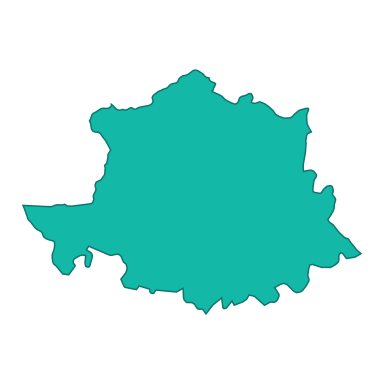 the Autonomous Community of Cáceres
{"feature_id": "ESP-5811", "entity_name": "Cáceres", "entity_type": "Autonomous Community", "adm_level": 1, "iso_a3": "ESP", "parent_name": "Spain", "parent_adm1": "", "projection": "mercator", "projection_center": [-6.162, 39.756], "detail": "fine", "context": "isolated", "style": "filled", "palette": "teal", "viewbox_px": 384, "rotation_deg": 0, "n_neighbors": 0, "source": "natural_earth", "source_scale": "10m", "svg_char_len": 4810}
<svg xmlns="http://www.w3.org/2000/svg" viewBox="0 0 384 384"><path d="M62.7,274.0L56.3,266.1L53.8,264.1L52.9,262.2L52.3,258.6L52.2,254.9L52.9,252.6L53.9,250.1L54.6,246.3L54.6,242.7L53.6,241.1L48.2,239.6L45.4,238.3L43.5,236.7L42.2,233.0L41.1,231.6L36.7,229.3L34.6,227.2L30.7,222.0L28.4,219.9L24.2,208.2L23.2,205.9L23.0,205.4L51.0,206.8L52.7,206.3L54.8,205.3L57.3,204.8L62.4,205.0L64.6,204.3L67.4,206.0L71.5,206.2L90.5,203.8L92.4,203.0L93.9,199.4L93.7,198.2L93.3,197.1L93.4,195.5L94.0,193.9L95.5,191.2L96.0,189.6L95.8,188.2L95.3,186.6L95.1,184.8L96.0,182.5L97.0,181.7L100.0,180.4L101.2,179.7L104.5,174.8L104.9,173.2L105.0,170.3L105.2,168.9L105.3,168.0L104.8,166.3L104.8,165.4L105.2,164.6L106.4,163.6L106.8,163.0L107.6,158.8L108.1,157.3L107.8,155.5L108.4,153.7L110.7,150.0L105.5,140.5L102.6,136.9L100.8,134.1L99.5,132.9L98.1,132.3L94.6,131.9L93.1,131.4L91.5,129.1L90.6,123.3L89.5,120.8L90.6,118.9L91.9,114.9L93.1,113.4L95.4,112.3L101.0,108.7L102.6,108.4L103.5,108.2L106.0,108.5L108.5,108.3L110.9,106.6L111.3,105.6L111.3,104.3L112.9,105.5L115.3,108.2L116.5,109.2L117.8,109.8L119.1,110.2L120.4,110.2L121.7,109.6L122.9,109.4L123.9,109.8L126.3,110.1L130.5,107.8L131.6,107.7L134.1,109.1L135.4,109.3L136.8,108.6L138.0,107.8L139.7,107.2L148.8,105.5L150.6,104.7L151.7,103.9L152.5,102.9L152.9,101.8L153.0,100.6L152.3,98.3L152.3,97.1L152.9,96.0L153.7,95.0L157.8,91.9L158.8,91.3L161.4,90.2L162.4,89.6L167.2,87.9L170.0,84.9L171.1,84.2L172.4,83.7L176.3,82.9L177.5,82.0L178.2,80.8L178.6,79.6L179.2,78.6L180.2,77.6L181.3,76.7L182.6,75.9L184.9,75.5L186.6,75.0L188.2,74.3L192.6,71.0L193.8,70.3L195.5,70.1L197.7,70.6L202.1,73.4L203.4,74.5L205.5,76.8L206.7,77.4L209.2,78.0L209.4,79.1L209.5,80.2L210.5,81.1L212.1,82.0L214.8,83.0L215.5,83.7L215.5,84.4L214.7,85.7L214.7,86.4L214.3,87.0L213.8,87.7L213.5,88.4L213.2,89.7L212.9,90.4L212.0,91.0L212.4,91.6L214.1,92.5L218.6,94.4L221.5,96.0L223.2,97.5L224.3,98.8L226.0,100.2L230.7,102.6L234.1,103.9L235.8,104.0L236.9,103.4L237.8,102.4L238.4,101.3L238.9,100.0L239.2,98.8L239.7,97.8L240.6,97.1L241.6,96.5L245.9,95.3L248.6,93.8L249.8,93.5L251.0,93.6L252.2,95.4L252.7,96.8L252.8,98.2L252.5,99.4L251.4,101.4L251.6,102.4L252.4,103.1L255.2,103.4L259.7,101.8L264.9,103.9L268.6,106.5L272.7,110.2L275.7,114.4L279.0,116.4L284.0,118.1L289.0,118.0L289.8,117.8L290.9,117.5L291.9,117.0L293.7,115.2L294.6,114.1L299.0,110.4L305.5,108.5L307.9,108.3L308.5,109.0L308.5,110.0L307.1,113.5L306.7,114.7L306.6,116.0L307.0,123.6L308.0,125.9L308.6,127.0L309.1,128.2L311.4,131.9L307.5,133.7L307.1,134.3L306.6,135.7L305.9,140.0L305.8,141.7L306.1,143.3L305.4,152.4L303.2,164.9L303.3,169.5L303.8,171.6L305.0,171.1L307.5,170.5L311.1,170.2L312.2,170.5L313.3,171.0L314.2,171.8L315.0,172.8L315.8,173.8L316.4,174.8L316.4,176.0L316.0,177.1L314.6,179.3L314.0,180.7L313.6,182.7L313.4,184.7L313.1,186.3L312.8,190.0L313.2,191.4L313.9,192.2L318.3,193.1L320.1,193.3L320.9,193.0L321.6,192.4L323.0,190.0L324.1,188.7L326.8,186.4L327.6,186.1L330.2,185.7L331.0,185.8L332.0,186.4L332.6,187.8L333.2,190.0L333.2,191.6L332.4,194.1L332.8,195.1L334.5,197.2L335.4,198.6L335.6,200.0L335.3,201.2L334.9,202.4L334.3,204.7L334.1,208.3L333.7,209.3L333.4,210.5L332.9,211.6L331.6,213.6L331.0,214.8L330.3,215.8L329.6,216.9L328.2,218.9L328.0,219.9L328.4,220.9L329.2,221.8L330.1,222.7L332.2,224.1L333.2,224.9L337.9,231.0L340.7,234.0L342.5,235.6L343.5,236.8L345.5,238.0L347.8,238.6L348.7,239.3L350.6,242.4L354.4,246.9L355.8,248.9L357.5,250.7L358.1,251.3L359.5,252.4L361.0,253.7L354.8,257.2L346.4,258.5L343.0,253.8L341.0,252.6L339.1,254.5L338.8,256.1L338.9,259.5L338.6,261.1L337.9,262.5L335.5,264.6L330.6,267.4L321.8,267.4L312.2,264.4L309.8,265.1L308.7,268.8L307.8,275.3L308.0,276.4L308.8,278.5L309.0,279.6L308.9,281.0L305.7,286.6L302.5,290.5L300.7,291.8L296.3,292.7L293.1,290.7L286.8,284.3L283.7,283.4L280.5,284.3L274.5,287.7L275.2,288.3L279.0,294.5L279.0,296.2L277.5,299.6L276.0,301.5L274.3,302.2L270.2,302.1L264.5,305.3L254.5,296.3L249.0,295.0L246.6,299.3L242.8,301.9L234.2,305.2L232.0,301.0L226.2,308.2L224.0,308.6L223.3,308.2L222.9,307.7L221.7,297.9L212.8,305.0L206.0,313.9L202.7,309.3L201.9,309.1L199.0,309.2L197.8,308.9L196.9,308.0L194.6,304.2L192.2,302.7L186.4,302.4L184.1,299.8L183.5,297.4L183.1,288.4L176.4,292.0L156.1,290.1L155.2,291.0L153.9,293.2L152.7,293.5L151.3,293.1L150.6,292.7L150.1,292.0L149.9,291.3L149.7,289.8L149.4,289.2L148.7,288.8L139.1,286.0L136.4,289.6L124.9,287.3L123.8,285.9L120.9,279.2L125.9,272.7L127.2,268.6L126.2,264.2L123.5,262.1L121.0,256.2L119.0,254.4L116.6,254.2L111.6,255.3L109.5,255.1L88.7,246.2L86.4,249.9L90.6,252.3L91.4,253.2L92.0,254.2L92.3,255.4L92.3,256.8L89.9,265.6L89.3,266.6L88.2,267.2L85.7,266.4L85.0,263.2L85.7,255.6L82.6,255.0L79.8,255.7L74.3,258.8L73.9,259.3L73.2,261.2L73.1,261.8L73.4,263.1L74.8,264.8L75.1,265.9L74.7,266.7L68.7,274.8L62.7,274.0Z" fill="#14b8a6" stroke="#0f766e" stroke-width="1.5"/></svg>